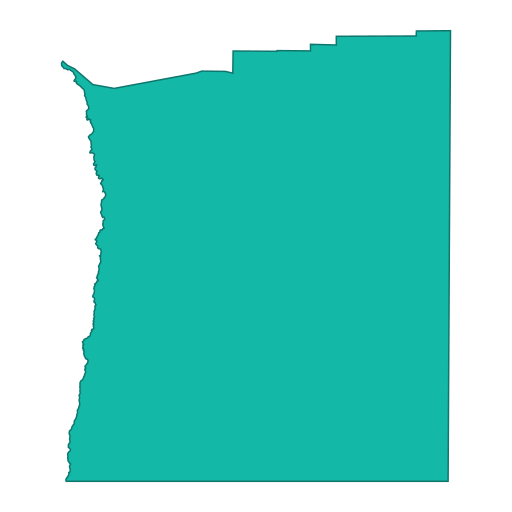 outline of Gobernador Dupuy, San Luis, Argentina
{"feature_id": "61730980B64718886155143", "entity_name": "Gobernador Dupuy", "entity_type": "district", "adm_level": 2, "iso_a3": "ARG", "parent_name": "Argentina", "parent_adm1": "San Luis", "projection": "equal_earth", "projection_center": [-66.474, -35.326], "detail": "fine", "context": "isolated", "style": "filled", "palette": "teal", "viewbox_px": 512, "rotation_deg": 0, "n_neighbors": 0, "source": "geoboundaries", "source_scale": "gbopen_adm2", "svg_char_len": 5667}
<svg xmlns="http://www.w3.org/2000/svg" viewBox="0 0 512 512"><path d="M448.1,481.3L450.5,30.7L416.4,31.0L416.2,36.0L336.3,36.3L336.3,45.0L313.7,44.4L313.6,44.7L313.2,44.9L312.8,44.4L310.5,44.3L310.5,50.9L277.1,50.6L277.1,51.3L233.1,51.0L232.8,73.2L225.5,71.4L201.7,71.1L196.2,73.1L114.2,88.4L92.9,84.6L74.5,68.8L67.6,65.5L62.8,61.2L61.6,62.9L61.5,63.8L61.9,66.0L63.0,67.0L63.8,68.2L64.1,68.5L65.9,68.6L67.5,69.7L68.1,69.7L69.4,69.4L69.9,69.6L70.6,70.4L72.8,71.6L73.3,72.3L73.9,73.8L76.0,76.9L75.4,78.9L74.4,80.1L74.1,80.7L74.2,81.3L75.2,81.1L76.5,81.4L76.6,81.8L76.2,82.4L76.3,83.0L76.8,83.6L78.5,84.9L79.6,85.4L80.1,86.0L80.7,86.4L81.6,87.6L83.3,88.9L83.9,89.7L84.2,90.2L84.5,91.4L84.5,92.4L84.9,94.0L85.0,94.5L84.6,95.2L84.6,95.7L85.1,96.5L85.6,97.1L85.9,97.8L86.1,99.3L86.8,101.6L87.1,102.1L87.2,102.8L87.1,103.6L87.2,104.3L88.3,105.7L88.6,107.0L88.8,108.3L87.6,110.1L86.5,110.8L86.3,111.3L86.6,112.7L86.4,114.3L86.7,115.1L87.4,116.2L87.4,116.7L87.0,117.1L86.5,116.6L86.2,116.7L86.2,117.0L86.3,117.6L87.0,118.3L87.2,118.8L86.9,119.7L87.4,120.0L87.8,120.0L88.1,119.7L87.9,118.8L88.0,118.5L88.8,118.7L88.8,119.3L89.1,119.5L90.6,119.7L90.7,120.1L90.2,121.1L90.4,121.7L90.7,121.9L90.9,122.5L90.7,122.9L91.0,123.4L91.4,123.7L91.7,124.2L92.9,127.4L93.7,128.3L93.6,129.4L93.7,131.0L93.5,131.5L91.7,134.0L90.1,134.9L88.5,136.7L88.7,137.8L91.1,141.5L91.0,143.0L91.4,145.4L90.9,147.0L91.9,149.0L91.9,149.5L90.3,151.1L89.9,152.3L89.9,152.7L90.1,153.0L91.2,152.9L92.5,152.5L93.2,153.5L94.2,153.8L94.6,154.7L93.8,157.1L94.0,158.7L94.0,159.6L94.2,160.4L95.1,161.7L93.5,164.0L93.8,164.7L93.9,165.2L94.7,165.4L95.6,165.2L96.0,164.9L96.5,164.8L96.1,166.9L95.4,167.2L94.9,168.9L95.4,169.8L97.1,171.3L96.5,172.1L96.2,173.5L96.4,174.0L96.7,174.0L96.7,174.7L97.0,175.3L98.8,175.4L99.2,175.5L99.2,176.3L98.7,176.9L98.4,177.9L99.0,178.6L99.9,178.8L100.8,178.6L101.6,178.1L102.0,178.3L102.2,178.8L103.0,179.2L103.2,179.8L102.9,180.2L102.3,180.3L101.7,181.0L101.4,182.7L100.6,183.1L100.7,183.8L101.3,184.1L102.3,185.7L102.8,186.6L102.8,187.6L103.5,188.4L103.5,188.7L103.3,189.0L103.3,189.8L103.2,190.5L102.8,191.3L102.8,191.6L103.4,191.4L104.3,191.6L105.5,193.8L105.7,194.5L105.4,196.3L105.1,196.9L104.2,197.6L104.0,198.5L103.6,198.9L101.7,200.0L101.6,200.9L101.6,202.2L101.1,203.7L101.0,205.5L101.7,207.0L101.5,207.6L102.1,208.9L101.4,211.0L100.7,211.8L100.6,212.2L100.8,212.4L101.0,212.8L100.9,213.2L101.8,215.2L102.0,216.2L102.6,217.4L103.4,217.1L104.2,217.3L104.6,219.0L104.5,219.5L103.3,220.6L103.1,221.8L103.2,222.2L103.2,222.8L102.9,223.4L102.8,224.2L103.0,225.6L103.3,226.0L103.6,227.5L104.1,227.8L104.2,228.1L102.8,228.8L102.3,229.9L100.6,229.9L100.1,230.3L99.9,231.0L99.9,231.7L99.6,232.4L98.8,232.7L98.5,234.0L97.2,236.7L96.8,237.1L96.6,237.7L96.3,238.4L95.2,239.4L95.3,239.9L96.4,240.3L96.9,241.6L95.7,243.5L96.0,244.3L97.4,245.7L97.8,246.9L97.7,247.5L97.9,248.0L98.2,248.5L98.8,248.8L99.5,248.7L100.4,248.9L101.0,250.6L101.3,251.2L101.0,252.1L100.8,254.7L100.6,255.1L99.5,255.9L99.6,256.1L100.0,256.3L100.5,256.2L100.5,257.1L100.2,258.4L100.6,259.4L100.7,262.3L100.4,263.0L99.9,263.2L99.9,263.9L98.7,265.8L98.6,266.5L98.7,267.4L99.2,268.8L98.8,271.0L98.5,271.5L98.3,272.3L98.6,273.2L98.3,273.9L97.8,274.3L97.4,275.4L97.2,276.6L96.6,277.6L97.3,278.2L97.1,278.7L98.2,280.1L98.2,280.5L97.6,281.1L97.2,281.0L96.4,282.6L95.8,283.4L95.0,283.7L94.7,284.2L95.2,284.7L95.2,285.1L95.0,285.6L94.2,286.6L94.2,287.6L93.9,288.1L93.9,288.7L94.2,289.2L94.5,290.9L94.0,293.5L92.9,295.6L92.8,296.9L93.8,297.5L94.3,298.0L94.6,298.4L94.5,299.5L93.9,301.6L94.0,302.0L95.2,302.4L95.3,302.7L95.2,303.6L95.9,304.7L95.8,305.3L95.2,305.7L94.9,306.4L95.1,308.1L95.0,308.9L94.7,309.5L94.6,310.4L94.0,311.5L94.3,313.2L93.9,314.4L94.1,316.0L94.5,317.2L93.6,318.4L94.1,319.3L93.3,320.7L93.3,321.3L94.0,322.0L93.1,323.4L93.2,324.5L93.6,324.6L93.9,324.9L93.4,325.8L93.4,326.7L93.7,327.3L93.8,328.3L93.1,329.4L92.7,329.6L92.3,329.2L92.0,329.3L91.8,329.8L91.6,329.9L91.4,330.4L91.7,331.1L91.7,331.6L90.6,333.0L90.4,333.6L90.2,335.8L89.2,336.5L88.3,336.6L88.1,336.9L87.8,337.9L87.3,338.2L86.1,338.4L85.5,338.9L84.4,339.2L83.9,339.9L83.9,340.4L83.6,340.9L82.6,341.6L82.5,342.1L83.1,343.5L83.7,344.2L83.7,344.5L83.3,344.5L82.9,345.0L83.0,346.9L82.7,348.2L83.5,348.5L83.7,348.8L83.7,349.2L83.2,349.8L83.4,350.5L84.2,351.2L83.9,352.5L83.8,354.0L84.5,355.7L84.5,356.3L85.4,357.8L85.6,358.4L86.3,359.1L86.9,359.0L87.3,359.2L88.1,360.6L87.8,361.8L87.8,362.7L86.6,364.0L86.3,364.9L85.4,365.6L85.0,366.5L85.0,366.9L85.6,367.5L85.7,368.0L85.4,368.6L84.8,369.2L84.8,369.8L85.4,370.8L85.6,372.4L84.5,374.6L84.5,375.5L83.7,376.9L83.2,378.5L82.7,379.5L80.9,380.9L80.0,382.7L80.0,386.5L79.8,387.3L79.9,387.8L80.2,388.3L79.9,391.2L80.2,392.2L80.1,393.2L79.9,394.0L79.1,395.2L79.6,397.2L79.1,400.5L79.5,402.0L79.7,404.8L79.1,406.1L78.4,408.8L77.5,409.8L77.4,410.3L77.4,411.4L77.6,412.6L77.5,413.1L76.9,414.3L76.8,416.1L76.2,417.4L76.2,418.2L74.6,420.4L74.3,421.3L74.2,423.3L74.0,424.1L73.3,424.8L72.1,426.6L71.4,429.0L71.0,429.7L70.6,430.2L70.2,430.3L69.5,430.9L69.2,433.1L69.3,434.3L69.7,434.9L69.9,435.7L70.0,436.8L69.6,438.5L69.6,439.2L69.9,440.6L70.0,441.9L69.9,442.6L68.7,444.0L68.3,445.0L68.5,446.0L68.3,447.2L68.4,447.5L69.2,447.9L70.3,449.0L70.3,450.4L69.9,451.1L68.9,451.8L68.2,452.7L67.7,453.9L67.7,454.7L68.0,456.5L67.7,457.3L67.7,458.5L68.0,459.2L68.0,460.6L68.3,461.3L69.1,462.3L69.3,462.9L69.7,463.2L70.0,463.2L70.6,464.0L70.5,464.4L70.0,465.0L69.5,466.1L69.5,466.9L70.3,469.6L70.1,470.5L70.0,471.6L69.8,472.1L68.9,472.4L68.7,472.8L68.9,473.5L68.8,474.8L68.0,476.0L67.4,477.3L66.8,477.7L66.0,479.2L65.8,480.1L66.3,480.9L66.0,481.2L65.6,481.3L448.1,481.3Z" fill="#14b8a6" stroke="#0f766e" stroke-width="1.5"/></svg>